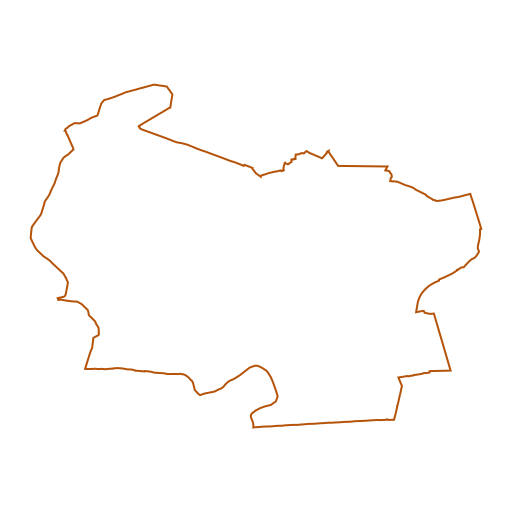 Koggenland, Noord-Holland, Netherlands (Natural Earth projection)
{"feature_id": "6326949B66554747402730", "entity_name": "Koggenland", "entity_type": "district", "adm_level": 2, "iso_a3": "NLD", "parent_name": "Netherlands", "parent_adm1": "Noord-Holland", "projection": "natural_earth1", "projection_center": [4.952, 52.648], "detail": "fine", "context": "isolated", "style": "outline", "palette": "amber", "viewbox_px": 512, "rotation_deg": 0, "n_neighbors": 0, "source": "geoboundaries", "source_scale": "gbopen_adm2", "svg_char_len": 5967}
<svg xmlns="http://www.w3.org/2000/svg" viewBox="0 0 512 512"><path d="M194.8,390.0L197.7,393.2L199.5,394.8L200.1,395.0L200.8,394.9L202.9,394.1L205.1,393.4L213.0,391.9L214.9,391.4L217.9,389.8L221.0,388.5L222.3,387.7L223.4,386.8L225.3,384.5L227.7,382.1L229.7,380.8L233.8,379.0L238.2,376.3L240.0,375.1L249.4,367.8L250.2,367.4L254.6,365.8L255.9,365.7L257.2,365.8L258.3,366.1L259.6,366.6L262.7,368.2L266.5,370.8L267.0,371.3L267.8,372.4L270.7,376.9L273.2,382.8L275.7,389.9L277.2,394.6L277.6,396.5L277.5,396.9L276.3,400.1L276.2,400.7L275.9,401.2L275.6,401.6L272.5,403.7L271.5,404.6L269.1,405.4L265.3,406.3L260.2,408.1L255.9,410.4L251.9,413.4L251.1,414.8L250.8,415.9L250.8,416.5L251.3,418.3L253.0,422.6L253.5,426.5L253.6,427.0L253.4,427.4L263.8,426.6L271.1,426.4L277.7,425.8L282.9,425.7L284.2,425.4L287.2,425.2L292.7,424.9L296.9,424.9L299.8,424.7L301.1,424.4L302.8,424.5L304.0,424.3L308.8,423.9L313.0,423.8L318.2,423.5L319.8,423.3L322.7,423.1L323.9,423.1L326.0,422.9L329.0,422.7L331.3,422.8L332.7,422.6L339.4,422.3L344.4,421.9L346.5,421.9L351.6,421.6L354.8,421.2L363.2,420.9L371.9,420.3L376.9,420.0L379.9,420.1L385.9,419.9L386.5,419.4L387.5,419.4L387.8,419.9L394.0,419.8L395.9,412.6L397.2,406.7L397.0,406.0L397.2,405.8L397.3,405.9L397.5,405.4L398.4,401.8L399.5,396.6L400.6,392.3L401.1,389.5L401.9,386.3L401.9,385.9L398.4,377.5L407.6,376.0L407.8,376.1L408.0,376.3L408.3,376.3L411.9,375.6L413.1,375.6L413.7,375.0L415.9,374.8L421.0,374.0L422.3,373.7L423.7,373.1L424.4,373.0L426.2,373.1L429.2,372.6L429.6,372.4L429.7,371.4L429.7,371.1L450.6,370.6L433.9,313.6L429.8,313.9L424.6,312.7L424.5,312.2L423.7,311.0L422.7,310.9L416.1,312.2L417.7,302.8L418.2,300.8L419.1,298.3L420.4,295.6L421.6,293.6L423.2,291.5L425.3,289.2L426.9,287.7L428.5,286.3L431.5,284.3L434.9,282.4L439.0,280.7L439.1,279.5L444.2,277.4L452.0,273.7L456.7,270.7L457.5,270.0L457.3,269.8L458.0,269.4L458.4,269.5L461.1,267.5L463.7,267.2L468.8,261.7L471.5,259.3L473.6,258.4L474.3,258.0L474.9,257.6L476.2,256.1L478.4,252.8L479.0,251.6L478.7,251.3L478.6,250.4L477.9,248.5L477.8,247.7L477.8,246.6L478.1,245.0L479.0,241.2L479.8,236.1L480.1,233.1L480.0,229.3L480.2,229.1L481.3,228.9L475.0,208.5L472.2,199.7L471.9,199.1L470.3,193.9L458.7,196.9L457.2,197.2L454.7,197.5L442.6,200.3L437.8,200.9L435.9,200.9L434.6,200.0L433.0,199.9L432.0,199.0L426.8,196.1L426.8,195.9L426.0,194.9L425.2,194.4L422.6,193.1L421.7,192.6L418.4,191.0L415.9,189.8L413.8,188.2L412.2,187.4L408.4,186.0L405.2,185.1L401.8,183.6L401.1,183.3L400.1,182.8L397.1,181.7L394.8,181.4L393.8,181.3L392.7,181.5L390.2,181.0L390.5,179.8L390.7,178.0L390.9,177.8L391.7,177.1L391.8,176.8L391.8,176.2L391.4,174.1L390.2,173.0L389.9,172.5L389.7,171.5L389.3,171.2L387.0,170.6L385.3,170.4L387.5,166.5L338.1,165.9L333.3,158.7L330.1,154.2L328.6,151.7L328.3,151.1L328.4,150.9L327.9,151.1L326.8,152.2L326.6,152.5L326.8,152.9L326.8,153.1L322.1,158.3L309.0,152.7L307.8,151.8L306.5,151.1L305.3,152.0L303.8,153.5L302.6,153.1L302.2,153.1L300.5,153.4L300.0,153.8L299.3,154.1L297.0,154.5L295.7,154.6L295.5,156.3L295.5,159.0L293.8,158.9L293.7,158.9L293.7,159.3L293.6,159.5L291.4,159.5L291.5,161.7L291.4,162.1L291.1,162.3L290.2,162.7L289.6,163.0L288.4,164.2L288.0,164.3L286.3,163.6L285.4,163.2L285.0,162.7L284.7,163.0L284.4,164.5L283.8,166.2L283.5,168.1L283.4,169.1L283.5,169.5L283.4,169.7L283.9,170.2L283.8,170.4L282.0,171.0L281.3,171.1L280.9,170.4L280.7,170.4L279.6,170.7L276.1,171.6L275.8,171.6L275.4,171.4L273.6,172.0L270.2,172.7L267.4,173.5L266.3,174.0L262.9,175.0L261.6,175.4L261.0,175.7L260.8,176.8L255.8,173.2L252.1,168.2L252.3,167.9L249.9,166.9L244.4,164.8L243.6,165.9L241.2,164.8L234.6,162.2L230.2,160.9L223.2,158.2L209.4,153.1L205.8,151.7L203.4,151.0L197.9,149.0L187.4,144.7L181.5,143.1L177.1,142.4L174.5,141.5L174.0,141.4L171.0,140.1L165.5,138.0L143.1,129.9L140.4,128.8L138.7,126.4L138.8,126.0L139.7,125.7L140.8,124.9L142.2,124.0L169.8,107.6L170.3,107.6L170.9,103.3L172.4,94.6L172.2,94.1L167.2,87.1L166.7,86.6L166.2,86.4L160.5,85.6L154.0,84.6L153.7,84.7L125.7,92.3L121.0,94.3L118.0,95.4L115.0,96.7L108.5,98.9L104.6,99.9L104.1,100.1L101.7,103.0L101.3,103.6L99.3,109.5L98.1,113.5L97.5,115.3L97.2,115.6L91.5,117.7L87.2,120.2L80.0,123.3L79.6,123.4L75.0,123.1L73.4,123.6L72.7,124.2L69.1,126.1L67.6,127.5L65.6,129.0L65.4,129.2L64.9,130.5L64.7,130.8L65.6,131.1L65.6,131.3L67.1,134.7L67.3,135.1L67.5,135.1L70.2,141.5L73.3,148.5L73.4,149.6L72.8,150.0L68.4,154.3L64.9,156.6L64.0,157.3L63.3,158.1L60.8,161.9L60.3,162.9L59.5,165.9L58.9,168.6L58.7,171.3L58.1,173.8L57.0,176.6L56.4,177.9L55.2,181.3L54.8,182.8L53.6,185.4L51.8,188.8L49.2,195.0L48.1,196.7L45.1,201.0L44.8,201.6L44.3,203.2L44.2,204.2L41.1,214.0L40.5,215.1L34.4,223.3L31.9,226.9L31.5,229.0L30.8,236.1L30.7,238.3L34.8,246.8L36.8,249.9L43.7,256.5L46.1,258.0L47.1,258.6L49.9,260.7L52.5,263.4L61.8,272.1L63.2,273.3L64.0,274.5L65.6,277.5L66.0,277.7L66.2,278.6L67.9,282.3L67.9,282.8L65.7,294.4L65.1,295.7L64.2,296.5L63.7,296.8L57.7,298.1L58.3,300.0L60.5,299.6L68.9,301.0L73.7,301.5L76.4,301.5L77.5,301.8L78.2,302.2L81.0,303.7L81.7,304.2L83.0,305.4L87.7,310.0L88.1,311.2L88.6,313.2L88.7,314.4L88.9,315.1L90.0,316.4L93.0,319.2L95.0,321.3L95.8,322.9L96.1,323.9L96.4,324.4L97.3,325.7L98.4,327.7L98.6,328.2L98.7,329.5L98.7,330.9L98.8,331.2L98.7,331.6L98.9,333.2L98.8,334.4L98.5,335.1L98.2,335.3L93.6,337.7L93.4,337.9L93.0,340.9L92.2,347.3L92.1,348.0L90.7,351.1L90.2,352.5L85.1,368.8L86.3,368.9L86.3,369.0L90.4,369.0L93.4,368.9L95.0,368.7L96.0,368.9L98.8,369.1L100.2,368.9L102.3,368.9L105.0,369.2L110.7,368.7L113.1,368.7L113.4,368.3L113.6,368.3L118.1,368.1L122.9,368.5L124.2,368.8L125.9,369.0L127.1,369.4L129.7,369.4L132.8,369.7L134.8,370.4L135.1,370.7L137.7,370.8L140.3,371.1L142.5,371.2L143.6,371.4L144.4,371.5L144.5,371.2L144.9,371.0L146.8,371.2L151.3,371.8L154.3,372.7L155.0,372.7L164.0,373.3L167.9,374.1L170.1,374.0L174.4,374.0L175.4,373.9L178.0,374.1L178.8,374.0L179.6,373.8L180.1,373.8L181.8,374.2L183.3,374.3L185.4,375.1L189.2,378.0L190.5,379.8L191.9,380.8L193.0,382.8L194.8,390.0Z" fill="none" stroke="#b45309" stroke-width="2"/></svg>